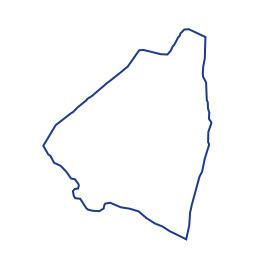 outline of Atescatempa, Jutiapa, Guatemala, rotated 186°
{"feature_id": "79465075B46496054688907", "entity_name": "Atescatempa", "entity_type": "district", "adm_level": 2, "iso_a3": "GTM", "parent_name": "Guatemala", "parent_adm1": "Jutiapa", "projection": "natural_earth1", "projection_center": [-89.726, 14.171], "detail": "fine", "context": "isolated", "style": "outline", "palette": "blue", "viewbox_px": 256, "rotation_deg": 186, "n_neighbors": 0, "source": "geoboundaries", "source_scale": "gbopen_adm2", "svg_char_len": 1108}
<svg xmlns="http://www.w3.org/2000/svg" viewBox="0 0 256 256"><g transform="rotate(186 128 128)"><path d="M58.5,23.4L56.9,37.1L57.4,50.1L56.6,57.7L51.8,87.2L49.7,92.4L48.5,105.3L45.7,119.0L45.7,120.5L46.9,122.5L47.7,132.5L45.6,141.4L46.0,142.8L46.8,143.6L47.7,144.6L48.5,145.8L48.8,151.8L50.5,155.8L51.3,161.6L52.6,164.2L55.1,181.4L58.7,186.9L59.3,189.8L59.6,196.8L58.9,205.3L60.5,226.6L78.0,232.6L82.3,231.8L85.8,227.4L86.0,225.5L87.7,223.1L90.7,215.5L92.0,214.1L93.5,209.4L96.5,205.2L103.1,204.8L120.5,207.2L125.0,206.5L134.7,189.0L137.0,186.8L141.4,182.2L152.1,171.8L153.0,171.1L167.0,156.3L171.6,152.6L172.2,151.2L174.0,149.5L180.6,142.9L181.6,141.5L184.2,138.2L186.1,136.8L200.2,123.3L210.4,101.4L204.7,93.6L202.1,92.0L197.9,85.7L190.8,83.2L184.5,77.8L179.3,71.8L175.4,71.5L171.6,67.3L170.9,65.6L171.3,62.6L174.6,61.8L176.2,59.5L174.9,55.0L173.2,52.7L168.1,52.6L161.0,43.8L159.1,42.6L154.3,42.0L147.8,42.3L143.8,45.4L143.5,48.8L142.6,50.5L137.9,51.8L127.0,48.4L117.8,47.9L108.7,46.2L100.4,40.4L91.4,35.9L83.8,33.8L75.8,29.8L59.9,23.9L58.5,23.4Z" fill="none" stroke="#1e3a8a" stroke-width="2"/></g></svg>